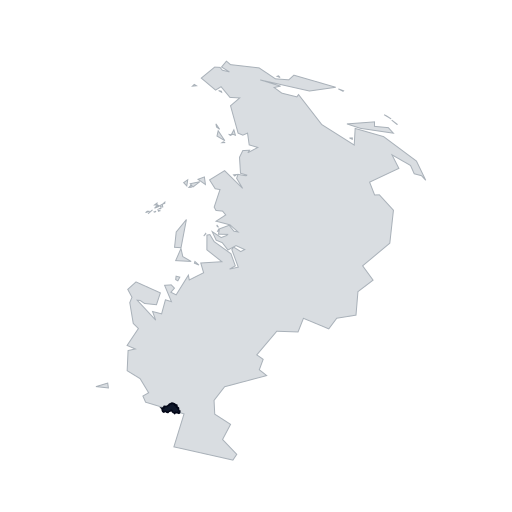 location of Belgorod within Russia, rotated 350°
{"feature_id": "RUS-2370", "entity_name": "Belgorod", "entity_type": "Region", "adm_level": 1, "iso_a3": "RUS", "parent_name": "Russia", "parent_adm1": "", "projection": "orthographic", "projection_center": [37.593, 50.613], "detail": "fine", "context": "in_parent", "style": "filled", "palette": "ink", "viewbox_px": 512, "rotation_deg": 350, "n_neighbors": 0, "source": "natural_earth", "source_scale": "10m", "svg_char_len": 6750}
<svg xmlns="http://www.w3.org/2000/svg" viewBox="0 0 512 512"><g transform="rotate(350 256 256)"><path d="M430.5,190.4L436.3,210.9L433.0,205.7L426.1,202.5L423.9,193.7L407.5,180.0L411.9,194.5L380.7,203.0L383.4,216.5L388.1,217.2L399.3,234.8L390.0,266.6L359.3,284.2L367.1,300.1L350.2,308.8L344.2,331.6L324.7,331.3L315.0,340.4L291.9,325.6L284.2,338.1L263.4,333.7L239.6,353.5L245.1,359.0L239.5,368.6L245.7,375.6L202.4,379.3L189.6,390.9L187.9,404.6L201.7,417.4L191.2,430.9L202.6,448.0L197.8,453.0L142.0,429.7L157.7,399.0L121.9,380.8L120.3,374.3L126.5,372.0L120.6,356.7L109.2,346.6L113.6,326.9L121.0,326.6L113.5,321.7L127.6,307.0L123.4,301.1L123.6,280.0L126.7,275.1L123.9,266.6L133.3,260.7L155.4,275.7L149.5,286.7L138.0,283.4L134.1,279.6L131.3,278.9L146.1,301.8L144.5,292.7L153.0,296.6L159.2,283.4L164.8,286.3L160.9,269.0L167.5,269.7L170.1,273.5L165.9,276.9L170.6,280.4L186.1,263.1L186.1,268.0L201.5,263.4L200.4,253.3L221.4,255.7L208.7,241.4L211.3,226.9L214.3,226.9L217.3,234.6L231.7,249.4L233.9,262.1L227.7,264.3L236.6,263.9L233.3,245.5L235.5,243.3L241.7,249.0L246.0,247.7L238.1,242.3L229.4,245.2L225.1,237.0L219.5,233.5L217.1,224.4L224.9,231.8L230.8,230.7L231.8,229.8L222.8,228.0L224.8,222.9L234.9,221.1L238.6,227.8L242.5,229.2L235.8,220.8L222.7,214.8L233.3,210.3L230.9,206.0L224.5,204.2L223.3,200.6L232.1,184.3L227.5,182.7L223.5,173.0L239.9,166.5L254.6,187.1L250.4,176.1L252.5,172.5L259.5,175.1L260.7,175.2L261.0,174.7L255.1,171.8L256.9,155.9L261.3,149.9L268.0,150.7L265.9,152.9L276.6,149.4L268.6,145.4L269.0,133.5L264.0,134.7L259.7,131.9L257.0,103.6L267.4,97.5L257.9,95.3L251.0,83.2L245.0,85.6L233.0,71.3L248.1,62.8L253.3,64.0L255.1,67.2L261.8,70.1L254.9,63.9L260.7,59.0L264.1,63.1L291.7,71.3L305.9,84.9L318.9,88.2L324.7,84.5L363.8,103.7L337.3,102.8L290.7,83.3L309.7,93.0L303.1,93.2L309.7,100.1L323.9,106.4L325.9,104.4L343.6,138.0L372.0,163.8L375.8,147.6L402.4,160.6L430.5,190.4ZM193.8,208.0L183.6,234.8L177.3,233.3L181.6,218.5L193.8,208.0ZM368.5,141.7L396.0,144.5L395.2,148.9L408.6,152.6L412.6,158.9L381.0,148.4L368.5,141.7ZM176.1,246.6L183.4,235.6L183.8,243.9L191.2,250.1L176.1,246.6ZM245.3,137.0L238.4,131.1L240.5,126.1L245.3,137.0ZM203.8,173.4L213.5,173.1L205.9,177.1L203.8,173.4ZM197.5,171.2L202.0,169.1L200.0,175.0L197.5,171.2ZM212.2,170.4L218.9,169.2L218.6,176.8L212.2,170.4ZM242.2,124.9L239.5,122.1L239.5,118.9L242.2,124.9ZM75.7,356.8L87.9,355.4L87.7,360.3L75.7,356.8ZM159.5,194.1L162.1,192.6L157.0,195.7L159.5,194.1ZM253.3,131.5L256.1,127.9L256.7,133.5L253.3,131.5ZM177.3,263.6L174.7,266.9L172.8,265.3L173.8,262.0L177.3,263.6ZM164.4,191.3L166.6,189.7L168.3,190.5L164.4,191.3ZM172.7,188.8L172.7,191.5L170.5,191.2L170.2,189.6L172.7,188.8ZM175.3,188.3L173.1,188.7L175.6,187.1L175.3,188.3ZM194.9,250.8L198.2,255.0L194.1,252.4L194.9,250.8ZM204.1,175.0L204.2,177.1L201.8,176.8L204.1,175.0ZM164.9,188.1L167.7,186.7L167.2,188.6L164.9,188.1ZM225.0,76.3L226.9,78.0L222.9,77.7L225.0,76.3ZM156.7,193.0L158.9,193.5L154.8,194.1L156.7,193.0ZM210.5,225.3L208.0,227.3L210.4,225.0L210.5,225.3ZM248.0,172.2L251.2,172.4L248.9,173.5L248.0,172.2ZM247.9,86.6L250.5,87.7L250.6,88.8L247.9,86.6ZM170.2,192.9L168.3,192.5L171.0,192.5L170.2,192.9ZM167.9,188.5L169.5,189.9L167.3,189.3L167.9,188.5ZM406.7,139.1L409.0,140.8L412.9,144.5L406.7,139.1ZM167.5,193.5L169.2,194.8L167.7,195.0L167.5,193.5ZM224.2,222.6L223.1,224.9L222.5,225.0L224.2,222.6ZM309.5,82.5L310.7,84.4L308.0,82.7L309.5,82.5ZM250.8,131.7L253.2,132.4L251.6,132.8L250.8,131.7ZM368.6,156.0L371.4,156.5L371.1,157.8L368.6,156.0ZM366.1,105.7L370.9,108.5L370.3,108.9L366.1,105.7ZM165.3,194.5L164.0,195.3L163.4,194.9L165.3,194.5ZM222.8,218.6L223.8,220.7L223.0,220.4L222.8,218.6ZM243.6,137.9L245.3,139.0L242.2,138.5L243.6,137.9ZM417.6,150.8L413.2,145.7L418.2,151.1L417.6,150.8Z" fill="#d9dde1" stroke="#a8b0b8" stroke-width="1"/><path d="M138.1,393.8L137.9,393.7L137.7,393.5L137.6,393.4L137.6,393.1L137.5,392.9L137.4,392.9L137.1,392.8L137.1,392.6L136.9,391.8L136.9,391.7L137.3,391.5L137.2,391.3L137.2,391.2L137.2,390.8L137.1,390.7L136.9,390.6L136.9,390.4L136.9,390.2L136.8,389.9L136.7,389.7L136.5,389.4L136.8,389.5L137.0,389.5L137.3,389.5L137.5,389.6L137.5,389.8L137.8,389.8L138.0,389.6L138.1,389.8L138.3,389.7L138.5,389.4L138.5,389.5L138.8,389.7L138.9,389.4L139.0,389.4L139.1,389.2L139.3,389.2L139.5,388.9L139.4,388.6L139.4,388.4L139.6,388.2L139.8,388.1L140.1,388.4L140.6,388.4L140.7,388.5L140.8,388.6L141.0,388.6L141.2,388.4L141.3,388.4L141.4,388.5L141.5,388.6L141.8,388.7L141.9,388.4L141.9,388.6L142.1,388.7L142.3,388.8L142.5,388.6L142.6,388.4L143.1,388.2L143.4,388.0L143.7,388.1L143.8,388.0L144.0,387.9L144.1,387.7L144.3,387.6L144.5,387.7L144.5,387.4L144.5,387.2L144.8,387.0L145.0,387.1L145.5,386.8L145.6,386.7L145.9,386.8L146.0,386.8L146.0,386.7L146.3,386.6L146.5,386.8L146.9,386.8L147.0,386.8L147.1,386.7L147.3,386.7L147.5,386.5L147.5,386.4L147.7,386.5L147.8,386.5L148.0,386.5L148.0,386.4L148.4,386.4L148.5,386.4L148.5,386.5L148.4,386.7L148.4,386.8L148.5,386.9L148.9,387.0L149.0,387.1L149.6,387.3L149.7,387.5L149.8,387.5L150.1,387.4L150.2,387.5L150.3,387.7L150.3,387.8L150.5,388.0L150.4,388.1L150.0,388.2L150.0,388.3L149.9,388.3L150.0,388.5L150.0,388.8L150.3,388.8L150.5,388.9L150.7,389.2L150.8,389.3L151.0,389.3L151.2,389.2L151.3,388.9L151.5,388.8L151.8,389.0L152.0,389.0L152.0,389.4L152.1,389.5L152.1,389.9L152.1,390.0L151.9,390.0L151.9,389.9L151.5,390.0L151.4,390.2L151.5,390.3L151.6,390.5L151.5,390.8L151.8,390.8L151.8,391.0L151.9,391.3L152.1,391.3L152.2,391.5L152.3,391.4L152.5,391.4L152.6,391.5L152.8,391.7L153.0,391.8L153.2,392.0L153.1,392.3L153.2,392.7L152.9,392.8L152.7,392.9L152.7,393.0L152.8,393.3L152.9,393.5L153.0,393.6L153.1,393.8L153.0,394.0L153.2,394.3L153.3,394.7L153.3,394.8L153.2,394.9L153.2,395.0L153.4,395.1L153.5,395.3L153.7,395.5L153.8,395.6L153.8,395.8L154.0,395.7L154.0,395.8L153.9,396.2L153.7,396.3L153.7,396.5L153.6,397.0L153.3,397.1L153.1,397.4L153.0,397.5L152.5,397.5L152.4,397.4L152.3,397.2L152.2,397.1L151.7,397.0L151.4,396.8L151.4,396.7L151.3,396.4L151.2,396.5L150.9,396.5L150.6,396.6L150.4,396.5L150.3,396.4L150.2,396.4L149.9,396.3L149.8,395.9L149.7,395.8L149.2,395.8L149.1,396.0L149.1,396.3L149.1,396.6L148.9,396.8L148.8,396.7L148.7,396.7L148.4,396.9L148.3,396.6L148.1,396.4L148.0,396.2L147.8,396.1L147.7,396.0L147.3,395.8L147.2,395.7L146.7,395.0L146.6,394.9L146.5,394.7L146.6,394.2L146.1,393.9L146.0,393.7L145.9,393.5L145.9,393.3L145.8,393.2L145.3,393.3L145.2,393.4L145.0,393.6L144.8,393.7L144.2,393.9L143.9,393.9L143.6,393.9L143.3,394.0L142.5,394.4L142.5,394.5L142.4,394.7L142.3,394.8L142.2,394.8L142.0,394.7L141.9,394.7L141.9,394.4L141.7,394.2L141.4,394.1L141.0,394.2L140.9,394.3L140.7,394.2L140.3,393.5L140.2,393.5L140.1,393.3L139.3,393.2L138.9,393.2L138.7,393.3L138.6,393.5L138.4,393.5L138.2,393.7L138.1,393.8Z" fill="#0f172a" stroke="#020617" stroke-width="1.5"/></g></svg>